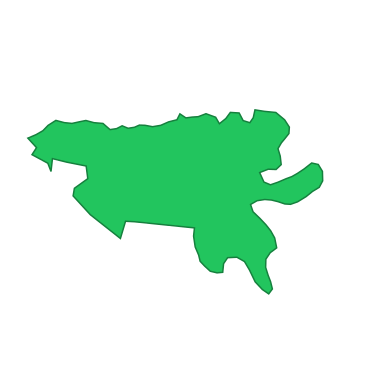 the district of Lacerdópolis, Santa Catarina, Brazil, rotated 333°
{"feature_id": "56859067B18402859490931", "entity_name": "Lacerdópolis", "entity_type": "district", "adm_level": 2, "iso_a3": "BRA", "parent_name": "Brazil", "parent_adm1": "Santa Catarina", "projection": "robinson", "projection_center": [-51.58, -27.257], "detail": "fine", "context": "isolated", "style": "filled", "palette": "green", "viewbox_px": 384, "rotation_deg": 333, "n_neighbors": 0, "source": "geoboundaries", "source_scale": "gbopen_adm2", "svg_char_len": 1523}
<svg xmlns="http://www.w3.org/2000/svg" viewBox="0 0 384 384"><g transform="rotate(333 192 192)"><path d="M291.6,247.9L299.6,246.2L307.5,245.6L313.5,241.4L317.6,232.8L317.0,224.8L311.8,220.5L302.0,222.4L294.3,223.3L288.0,223.6L282.0,222.9L273.1,222.3L265.2,221.2L260.6,215.8L261.1,205.4L270.3,206.3L277.1,210.1L283.9,208.1L286.9,200.1L288.3,192.4L293.9,188.8L299.0,186.6L304.9,183.9L308.2,178.4L307.3,169.7L302.8,159.2L293.1,153.0L285.4,147.4L280.3,153.6L275.0,156.5L270.0,151.6L269.9,143.0L262.3,138.5L255.5,141.9L247.4,143.6L247.0,136.1L240.0,128.6L231.7,127.7L226.1,125.3L220.2,123.2L216.7,116.9L211.4,120.8L203.0,118.9L194.4,118.4L186.5,115.9L180.5,111.3L175.5,108.5L170.1,108.2L164.0,106.2L159.8,101.3L153.6,101.3L147.3,99.2L143.8,90.5L136.1,85.7L129.9,80.1L124.2,78.5L116.2,76.4L109.7,72.2L103.2,66.4L94.0,67.3L87.0,69.7L79.1,70.1L70.2,69.5L73.6,81.9L66.4,86.1L76.6,100.9L75.7,109.7L82.8,98.9L94.0,108.6L109.5,120.8L105.2,132.8L88.9,135.3L84.3,141.5L91.1,166.1L107.1,200.9L119.5,187.9L127.3,192.4L177.9,225.1L173.4,232.0L169.9,242.4L169.3,251.2L167.8,257.4L169.6,263.6L172.3,270.9L177.6,275.4L182.9,277.5L187.6,270.2L193.9,266.7L202.4,270.5L207.2,277.8L207.8,287.5L207.5,300.8L210.4,310.8L214.1,317.6L219.6,314.9L221.3,307.6L222.0,300.8L223.4,292.6L227.3,285.4L234.1,281.6L242.1,280.2L244.8,270.5L244.5,262.3L243.0,254.8L240.6,246.6L237.4,237.3L238.5,229.7L246.0,229.3L253.4,231.7L259.1,235.2L264.3,239.7L269.3,244.8L274.2,247.7L281.6,248.7L291.6,247.9Z" fill="#22c55e" stroke="#15803d" stroke-width="1.5"/></g></svg>